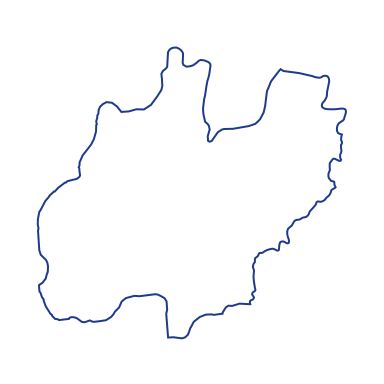 outline of Tajumulco, San Marcos, Guatemala, rotated 176°
{"feature_id": "79465075B52566348974333", "entity_name": "Tajumulco", "entity_type": "district", "adm_level": 2, "iso_a3": "GTM", "parent_name": "Guatemala", "parent_adm1": "San Marcos", "projection": "robinson", "projection_center": [-92.003, 15.058], "detail": "fine", "context": "isolated", "style": "outline", "palette": "blue", "viewbox_px": 384, "rotation_deg": 176, "n_neighbors": 0, "source": "geoboundaries", "source_scale": "gbopen_adm2", "svg_char_len": 5112}
<svg xmlns="http://www.w3.org/2000/svg" viewBox="0 0 384 384"><g transform="rotate(176 192 192)"><path d="M141.7,76.1L142.0,77.9L141.6,79.3L140.4,80.0L138.9,80.5L138.2,81.1L137.5,82.4L138.1,83.7L138.6,84.5L139.1,85.4L139.0,86.3L138.6,87.3L138.1,87.8L136.9,88.4L136.0,89.0L135.6,89.8L135.7,90.8L136.0,92.5L136.1,94.2L136.5,98.6L136.6,102.6L136.2,105.6L135.6,109.3L136.5,113.1L136.2,114.3L135.8,115.5L135.3,116.5L134.3,117.4L134.0,119.0L134.0,119.9L133.9,120.9L133.4,121.8L132.5,122.3L131.4,123.0L130.5,123.9L129.7,125.5L129.3,126.2L128.3,126.5L127.1,126.3L126.0,126.5L124.9,127.1L123.5,127.9L122.1,128.5L120.0,129.2L118.2,129.5L117.1,129.7L116.1,129.8L115.3,129.8L113.9,129.2L112.2,128.3L111.1,127.6L109.8,127.7L109.3,128.6L109.0,130.3L108.8,131.9L108.5,133.0L108.3,134.1L107.9,134.9L107.2,136.0L105.8,136.4L104.6,136.3L103.6,136.0L102.5,135.3L101.5,134.5L100.2,134.1L99.2,134.4L98.8,135.1L98.7,136.5L98.8,138.1L99.3,139.8L99.6,140.9L99.9,143.2L99.9,144.4L99.7,146.1L99.5,146.9L98.9,148.2L98.3,149.0L97.6,149.5L96.8,150.1L95.9,150.8L94.9,151.5L92.9,154.4L92.2,155.4L91.6,156.1L90.4,156.7L89.2,156.9L87.3,157.0L86.1,157.2L85.2,157.7L83.9,158.5L82.5,158.8L81.6,158.9L80.6,159.0L79.5,159.4L78.0,160.6L77.2,161.5L76.8,162.3L76.4,163.4L75.7,164.5L74.9,165.3L70.3,169.8L69.7,170.4L69.1,171.5L68.5,173.1L67.8,173.6L67.1,173.8L65.9,173.6L64.7,173.3L63.6,173.3L62.6,173.6L61.6,174.0L60.5,174.6L59.9,175.1L59.3,175.8L58.3,176.9L57.2,177.8L56.5,178.2L55.7,178.9L55.1,179.5L54.3,180.5L53.8,181.6L53.4,182.5L53.1,183.4L52.7,184.3L51.4,185.0L50.5,185.5L49.2,186.0L48.4,186.8L48.9,188.1L49.4,189.1L49.4,191.0L49.4,192.1L50.4,192.8L51.4,193.0L52.4,193.3L53.3,194.6L53.8,195.3L54.3,196.0L54.8,197.6L54.7,199.4L54.7,200.4L54.2,201.6L53.9,202.3L53.2,203.6L52.9,204.5L52.9,206.2L52.9,207.3L52.7,210.0L52.4,211.5L51.3,212.6L50.5,213.6L49.5,214.7L48.9,215.2L48.1,215.4L47.1,215.1L45.4,214.1L43.4,213.0L42.6,212.7L41.5,212.9L41.0,213.9L41.6,215.1L41.8,216.5L41.7,218.0L41.5,219.2L41.0,220.0L40.6,220.7L40.1,222.4L40.2,226.4L40.2,227.7L39.9,228.9L39.1,229.8L38.9,231.0L39.1,232.0L39.6,233.3L39.5,235.1L39.3,236.0L39.1,236.9L38.5,238.9L40.6,239.7L42.2,240.7L42.8,242.0L43.1,243.6L42.9,246.2L42.1,248.4L41.2,249.7L40.5,250.5L38.7,251.5L37.4,252.3L36.3,252.8L35.3,254.1L34.6,256.2L34.0,257.5L33.2,259.8L32.9,260.9L32.8,262.2L33.3,263.7L34.4,264.3L35.6,264.7L37.2,264.8L40.2,264.7L42.3,264.6L44.6,264.6L48.8,264.9L51.8,265.3L53.6,265.8L54.9,266.5L55.9,267.4L56.4,268.0L56.4,269.9L55.7,271.4L54.6,272.7L53.6,273.5L51.6,276.4L51.0,277.8L50.7,279.0L50.2,282.8L49.0,286.9L48.6,288.4L48.2,289.8L47.9,291.1L47.5,292.3L47.4,293.8L47.5,295.2L47.7,296.2L48.2,297.0L48.7,297.8L49.4,298.3L50.4,298.6L51.9,298.7L53.0,298.5L53.8,298.1L55.6,297.3L56.7,297.1L58.7,297.4L60.8,297.9L62.1,298.4L63.6,299.1L65.1,299.6L77.0,303.2L92.3,306.3L95.1,308.3L97.0,306.4L105.5,296.8L107.5,292.6L110.2,287.3L113.1,272.4L115.0,266.3L119.1,259.7L124.0,255.6L130.7,253.8L146.6,252.2L155.6,252.6L157.5,252.3L162.0,249.9L168.9,241.4L171.2,241.0L172.4,242.0L172.4,246.6L170.0,253.1L170.6,256.9L171.6,258.7L174.0,261.2L175.2,269.0L175.2,274.5L173.3,284.2L172.3,287.1L170.4,295.9L168.9,301.7L167.8,304.4L166.6,308.1L164.7,316.9L164.9,318.3L165.7,319.7L167.2,320.8L170.5,322.4L174.0,323.1L175.8,322.6L178.6,320.4L182.1,318.3L185.1,317.6L187.8,317.4L188.9,317.5L189.7,318.0L190.7,318.7L191.8,319.5L192.3,321.5L191.4,328.9L191.3,331.0L192.0,332.7L193.2,334.4L195.0,335.9L197.2,337.1L199.5,337.3L202.1,336.9L203.7,336.1L205.1,334.8L206.2,333.0L208.0,318.7L208.9,317.5L210.4,316.2L212.6,314.8L214.3,312.0L214.1,306.6L214.2,299.8L215.5,295.9L219.9,289.9L222.3,287.1L227.0,281.6L228.4,281.0L229.3,280.4L234.2,277.7L241.8,278.4L249.5,276.8L256.9,276.8L260.8,282.5L265.6,286.6L271.0,287.6L275.0,285.8L277.8,283.4L279.3,280.6L280.0,276.5L281.1,275.0L281.4,272.4L282.6,269.4L282.3,265.9L282.9,265.3L283.5,259.1L286.2,251.5L289.4,246.3L298.6,236.0L300.8,231.8L302.1,229.3L302.3,226.5L303.3,224.4L302.8,223.7L302.8,220.5L302.5,216.4L303.3,214.9L305.8,213.2L315.5,211.5L317.1,210.2L318.1,210.2L325.1,205.6L328.9,202.0L329.7,202.1L334.2,198.4L335.5,196.7L338.9,193.3L344.6,184.1L345.7,182.9L347.6,175.7L348.1,170.6L347.7,166.1L348.3,164.1L348.4,144.4L347.2,139.8L342.3,134.3L341.2,131.3L340.8,127.7L341.5,122.1L342.3,120.6L343.1,118.6L344.0,115.7L344.9,114.8L347.5,111.8L349.7,110.7L351.2,109.7L351.1,103.4L350.1,101.9L349.1,97.8L347.5,95.2L347.5,93.9L345.9,88.2L342.7,82.3L341.9,80.5L340.3,79.2L340.2,78.2L337.3,74.9L334.6,74.4L333.7,73.5L323.6,74.0L322.9,75.0L321.0,75.6L318.2,75.2L315.7,74.2L312.1,71.1L310.8,70.0L308.1,69.6L302.8,71.0L300.8,69.8L298.9,69.3L292.7,69.6L286.8,70.1L281.5,72.9L278.9,75.5L277.2,78.0L272.7,82.0L270.1,87.1L269.2,88.1L265.3,90.8L256.8,92.4L251.5,91.7L235.8,92.6L232.8,91.9L230.2,90.3L226.8,88.0L225.0,84.6L225.0,76.4L226.2,72.3L226.0,48.5L220.7,48.4L212.2,46.7L209.2,47.4L206.2,49.7L204.8,52.4L203.4,56.0L202.6,57.1L200.1,61.1L199.3,62.3L198.6,62.9L192.9,66.8L186.7,68.7L181.3,68.6L178.7,67.9L173.1,68.3L170.0,68.5L169.8,69.7L168.3,71.8L166.4,74.4L163.7,76.0L159.7,75.6L152.4,77.3L143.6,76.2L141.7,76.1Z" fill="none" stroke="#1e3a8a" stroke-width="2"/></g></svg>